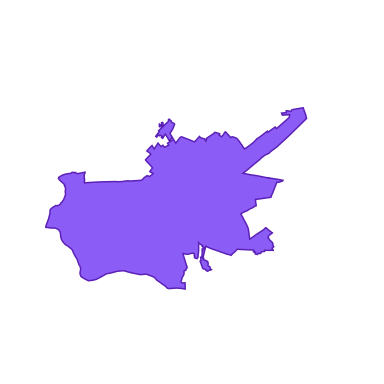 the district of Craiova, Dolj, Romania, rotated 320°
{"feature_id": "2599482B2601766067029", "entity_name": "Craiova", "entity_type": "district", "adm_level": 2, "iso_a3": "ROU", "parent_name": "Romania", "parent_adm1": "Dolj", "projection": "robinson", "projection_center": [23.801, 44.323], "detail": "fine", "context": "isolated", "style": "filled", "palette": "violet", "viewbox_px": 384, "rotation_deg": 320, "n_neighbors": 0, "source": "geoboundaries", "source_scale": "gbopen_adm2", "svg_char_len": 6036}
<svg xmlns="http://www.w3.org/2000/svg" viewBox="0 0 384 384"><g transform="rotate(320 192 192)"><path d="M249.1,246.8L251.4,245.4L253.2,244.6L263.3,239.0L264.0,239.9L264.9,240.4L265.8,240.8L266.7,241.1L268.4,241.8L269.2,241.5L265.6,237.1L263.7,235.0L261.7,232.6L260.1,231.1L260.3,230.8L259.6,230.0L259.3,230.1L253.3,222.6L251.1,220.0L248.3,216.9L243.1,210.4L246.8,210.6L259.6,210.6L264.3,210.7L266.6,210.5L270.6,210.6L272.1,210.8L275.8,211.8L276.5,211.8L278.3,211.6L279.3,211.6L283.2,211.9L286.1,212.0L297.4,211.5L305.4,211.0L327.1,209.3L327.9,207.3L328.5,206.5L331.3,198.9L321.5,193.2L319.7,193.8L316.4,190.3L315.1,191.7L311.3,189.1L310.6,191.2L316.6,195.6L314.3,197.4L297.5,197.8L297.5,195.7L288.5,195.0L288.8,193.8L281.3,193.5L277.4,193.2L275.9,192.9L273.6,193.3L271.6,193.5L266.1,193.4L260.0,192.9L260.0,190.6L259.9,190.4L260.1,190.1L260.4,188.3L260.4,186.8L260.8,183.6L260.8,179.8L260.7,179.4L259.7,177.6L258.4,175.6L257.8,175.3L256.5,175.0L256.6,173.3L256.4,167.7L255.9,167.6L255.7,167.3L252.6,168.3L250.1,168.6L249.3,165.8L250.7,165.2L250.5,164.9L247.9,161.0L245.6,161.1L237.4,160.2L236.9,160.9L236.5,161.3L236.2,161.3L235.4,161.9L235.4,161.7L235.7,159.3L234.6,157.8L234.0,156.6L233.6,156.1L233.4,155.2L233.4,154.2L228.3,155.0L227.3,155.0L226.1,155.2L223.5,150.2L219.5,143.0L218.3,142.6L217.8,142.6L211.0,144.1L212.8,132.9L216.8,131.7L218.6,130.9L221.9,129.1L222.2,128.9L222.4,128.5L222.3,128.0L221.2,125.4L221.8,123.9L221.2,121.4L220.2,121.6L219.4,122.7L218.7,122.9L217.4,122.8L212.6,123.1L213.0,122.1L213.9,120.7L213.7,120.7L214.0,120.0L214.0,119.6L213.0,119.4L212.8,120.6L212.4,120.6L212.3,121.4L211.7,121.2L211.7,120.6L211.2,120.5L211.0,120.9L210.6,120.7L210.6,119.1L210.3,119.3L210.3,119.8L209.6,120.2L209.8,120.3L209.3,121.5L212.1,122.4L211.9,123.4L208.7,123.4L205.8,123.6L205.9,124.5L203.0,125.3L200.0,126.0L200.3,127.3L202.7,126.6L203.3,128.1L204.0,127.9L204.4,128.8L204.7,128.8L205.0,130.1L204.2,130.3L204.4,130.6L203.7,130.8L204.0,132.0L208.8,130.5L208.8,130.9L207.6,138.1L207.9,138.3L212.0,137.3L211.6,139.8L204.6,138.9L204.2,141.2L201.1,140.4L199.6,139.9L199.8,137.5L197.4,137.2L197.4,132.7L191.1,134.6L190.6,134.7L191.3,130.7L188.9,130.8L183.8,131.5L183.9,132.4L184.6,134.3L184.6,136.7L181.1,136.9L177.0,137.5L176.9,139.1L177.2,143.0L177.3,147.9L176.8,148.2L172.8,149.2L172.8,149.3L172.9,149.8L173.7,151.8L174.1,152.8L172.3,153.0L169.3,152.8L169.2,152.7L168.9,151.6L168.3,151.3L168.2,150.7L167.8,150.6L166.8,150.4L165.8,150.5L165.1,150.2L161.9,150.6L161.2,150.6L160.5,150.3L151.2,143.5L150.8,142.8L150.0,142.1L148.4,141.1L146.3,139.6L145.4,139.4L144.4,138.4L143.4,137.8L141.3,136.0L140.4,135.0L127.2,124.5L117.8,117.5L115.5,116.0L115.6,115.4L116.5,114.8L117.0,114.0L117.8,113.5L118.1,112.7L119.0,111.2L120.9,109.3L122.4,108.6L122.8,108.0L117.2,105.0L116.6,104.8L116.1,104.1L115.2,103.2L115.4,102.3L114.7,101.6L114.1,101.4L113.4,100.3L112.8,99.9L111.7,99.8L111.2,99.8L106.7,97.0L103.3,95.7L99.6,95.1L98.4,95.6L98.2,97.2L99.1,104.4L98.7,104.7L98.3,105.3L98.0,106.2L98.0,107.1L97.9,107.4L96.2,109.3L95.2,110.1L93.9,112.1L93.4,112.7L89.6,114.9L88.3,115.5L85.8,116.1L84.5,116.1L83.4,116.5L82.2,116.7L80.8,116.2L79.6,115.6L78.9,114.8L75.9,114.3L74.2,114.2L73.0,114.2L72.0,114.4L71.1,115.1L69.8,116.7L68.0,118.1L64.8,120.4L58.6,123.9L57.3,125.1L61.4,129.5L64.0,131.6L65.5,134.7L65.5,136.3L65.3,137.6L64.8,138.8L62.4,142.4L61.6,144.2L61.1,146.7L61.1,150.8L62.1,153.5L63.0,158.1L63.0,159.7L62.2,162.1L61.8,163.6L61.2,166.4L60.9,169.3L58.9,174.5L58.4,177.0L57.5,179.1L54.2,182.0L53.5,182.9L52.7,185.2L52.8,186.0L53.7,188.9L55.6,193.4L59.0,195.7L62.5,197.4L69.4,198.9L73.7,199.6L78.0,202.0L84.0,204.8L89.1,208.4L92.6,213.6L99.2,222.0L104.1,225.5L107.4,231.2L108.3,233.3L108.4,237.0L109.3,240.1L110.0,243.2L111.1,247.1L111.2,249.5L111.6,250.3L112.4,251.4L115.5,253.5L118.5,255.7L122.2,259.4L124.4,262.0L128.3,257.1L126.1,255.4L125.6,254.7L125.8,253.6L127.7,252.6L129.5,251.1L131.1,250.7L133.1,249.7L133.4,249.5L135.0,247.4L136.9,248.0L137.3,247.2L138.0,247.3L138.7,247.3L139.2,247.0L140.3,245.9L140.4,245.7L140.4,245.3L140.7,244.4L143.5,237.8L145.5,233.4L146.3,234.1L147.0,235.2L148.3,236.7L149.8,237.6L150.4,237.8L152.2,238.7L153.9,240.0L154.1,240.6L154.1,240.8L152.8,242.2L153.0,242.8L152.8,243.1L151.8,243.6L151.7,244.0L152.0,244.6L153.0,246.3L154.5,245.9L159.2,241.4L164.5,235.1L164.5,235.7L164.9,237.5L165.2,238.7L165.7,239.8L164.8,240.3L165.1,241.2L165.1,241.4L165.0,241.5L165.5,242.4L165.2,242.8L165.1,243.1L164.9,243.3L164.6,243.2L164.0,242.7L163.8,242.7L163.3,242.2L163.2,242.2L163.3,242.4L161.9,243.6L162.1,243.7L161.9,243.9L162.0,244.0L157.7,248.1L156.7,247.5L156.1,248.4L155.0,250.2L154.0,250.1L153.5,250.6L153.2,251.8L151.5,256.4L151.2,258.1L152.3,259.2L152.3,259.5L152.4,259.8L152.4,261.5L152.9,261.5L153.1,262.8L154.7,263.0L155.1,262.9L156.2,263.9L157.0,263.9L156.8,263.3L156.8,262.7L157.6,260.5L157.5,260.1L156.8,259.3L156.8,259.1L157.1,258.5L158.3,257.3L158.8,256.6L158.8,255.2L159.2,255.2L158.7,253.5L157.5,251.7L157.4,251.1L158.4,250.3L157.8,249.7L167.6,242.4L170.5,248.1L174.3,254.4L175.7,256.9L177.0,258.9L178.8,262.1L179.6,263.0L181.3,265.7L183.6,265.3L186.4,265.4L189.8,264.9L194.5,269.3L201.9,276.1L200.8,277.1L201.1,277.4L200.9,277.6L201.6,278.2L201.1,278.7L201.7,279.2L200.7,280.1L201.2,281.1L201.8,281.4L202.1,282.0L203.1,281.5L205.1,283.2L206.9,282.5L209.4,284.2L210.2,283.4L216.7,288.9L216.9,288.7L217.0,286.8L217.3,286.5L219.4,286.5L219.5,285.8L219.7,285.6L219.6,285.3L219.9,284.4L220.9,283.4L220.9,282.7L221.1,281.8L220.7,279.0L220.9,276.7L221.1,276.5L221.2,276.2L220.9,276.0L220.9,275.9L221.1,275.8L221.3,275.5L221.5,275.3L222.8,274.9L225.4,274.8L225.8,275.0L227.3,275.0L226.1,269.9L225.9,268.3L225.9,267.6L225.5,266.7L222.4,266.9L212.5,265.7L212.0,265.8L205.9,265.2L210.0,258.8L211.5,256.2L212.1,254.7L212.7,252.5L213.5,249.2L213.7,247.6L214.4,244.9L215.3,240.2L218.5,240.6L222.2,241.8L225.4,242.1L228.1,243.0L230.2,243.3L231.6,243.4L232.4,243.8L232.7,243.1L233.3,242.6L233.4,242.3L233.4,242.0L233.8,241.4L235.8,238.5L249.1,246.8Z" fill="#8b5cf6" stroke="#5b21b6" stroke-width="1.5"/></g></svg>